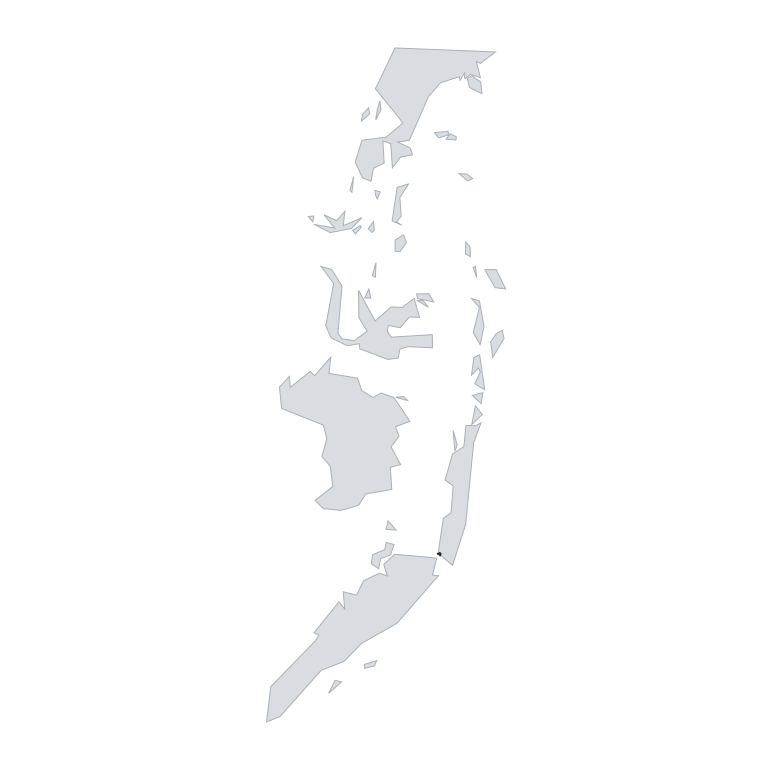 Kota Cilegon, Banten, Indonesia shown in context, rotated 269°
{"feature_id": "22746128B25933583546422", "entity_name": "Kota Cilegon", "entity_type": "district", "adm_level": 2, "iso_a3": "IDN", "parent_name": "Indonesia", "parent_adm1": "Banten", "projection": "orthographic", "projection_center": [106.002, -5.978], "detail": "fine", "context": "in_parent", "style": "filled", "palette": "slate", "viewbox_px": 768, "rotation_deg": 269, "n_neighbors": 0, "source": "geoboundaries", "source_scale": "gbopen_adm2", "svg_char_len": 4701}
<svg xmlns="http://www.w3.org/2000/svg" viewBox="0 0 768 768"><g transform="rotate(269 384 384)"><path d="M268.9,313.1L282.4,331.0L302.5,328.9L312.7,320.7L330.3,325.8L343.9,322.7L361.3,281.2L382.8,279.4L393.2,289.5L382.3,290.2L397.8,310.5L393.6,314.8L411.8,331.3L395.6,329.1L390.3,357.7L377.8,361.7L370.7,372.9L375.1,381.0L370.3,393.6L346.3,409.3L341.1,394.8L331.4,398.1L321.1,389.9L303.1,399.2L300.6,388.9L278.5,389.9L274.4,363.8L263.2,356.6L258.4,338.6L260.4,321.2L268.9,313.1ZM48.2,260.7L83.3,265.5L128.4,310.8L134.0,314.5L136.5,309.7L167.0,335.2L159.6,340.8L176.9,339.6L173.3,352.9L187.5,360.0L195.0,376.2L192.0,384.0L203.6,380.6L213.6,391.8L209.0,433.7L192.0,429.1L191.4,435.1L144.7,393.0L125.1,357.2L107.4,339.2L98.8,316.2L53.3,274.2L48.2,260.7ZM719.8,400.8L714.0,501.1L702.9,486.1L704.7,482.0L688.7,485.7L692.0,475.9L688.0,470.4L689.5,469.7L692.0,470.3L693.5,469.8L686.4,465.4L689.9,464.4L684.2,445.8L670.8,433.6L627.2,413.6L625.8,401.7L619.4,414.4L612.6,416.5L610.7,404.6L600.1,396.2L624.0,395.0L627.2,387.1L604.9,388.0L599.9,377.3L586.9,374.5L590.6,366.0L606.4,359.1L628.1,366.2L630.8,390.5L644.7,407.6L679.3,380.6L719.8,400.8ZM499.4,333.7L482.8,343.7L435.7,338.8L429.9,342.7L428.0,355.3L437.0,368.1L450.6,360.1L478.1,360.2L447.2,376.2L460.9,392.5L460.2,403.4L469.1,415.6L450.0,420.7L450.6,410.5L440.0,401.3L442.5,389.5L436.6,388.1L430.7,392.3L432.5,433.1L419.4,433.1L420.9,408.8L418.7,400.6L409.7,398.6L408.5,388.2L419.6,360.5L424.7,359.9L422.9,348.0L431.1,331.9L443.2,326.8L485.4,335.4L502.6,323.2L499.4,333.7ZM214.0,435.2L248.7,441.0L253.9,448.8L280.7,451.4L287.0,443.4L313.0,451.4L320.0,462.8L341.2,465.2L340.6,474.7L343.5,480.3L323.5,472.6L242.2,463.2L201.5,449.4L214.0,435.2ZM540.7,337.5L554.2,327.0L548.2,339.6L557.4,347.9L542.9,346.0L550.6,364.7L540.1,354.2L536.3,332.9L544.8,317.0L540.7,337.5ZM546.9,395.0L580.4,400.6L583.5,411.9L570.2,403.1L551.3,404.1L545.9,399.4L542.5,404.5L546.9,395.0ZM465.6,480.8L439.8,485.0L421.7,480.8L433.9,474.1L458.9,480.8L467.9,473.0L465.6,480.8ZM391.4,471.7L408.8,474.3L411.7,480.1L376.5,484.6L382.5,474.8L394.4,480.6L398.4,478.6L391.4,471.7ZM496.5,486.9L496.5,498.1L476.9,507.3L478.4,496.7L496.5,486.9ZM213.6,369.7L218.5,381.9L225.5,383.6L223.2,391.3L212.9,387.5L209.6,377.6L199.5,375.4L204.5,368.2L213.6,369.7ZM684.1,486.0L672.5,487.0L679.0,474.7L688.1,472.6L690.6,477.5L684.1,486.0ZM424.4,491.4L432.2,496.9L435.6,503.0L427.4,504.8L408.7,493.2L424.4,491.4ZM527.7,397.6L532.8,406.2L524.9,408.8L516.0,402.3L516.5,397.4L527.7,397.6ZM341.9,471.0L360.5,475.0L351.9,481.7L341.9,471.0ZM371.1,472.1L373.6,482.7L362.7,480.9L371.1,472.1ZM247.1,385.6L237.8,393.5L238.6,383.5L247.1,385.6ZM634.4,438.9L635.7,452.4L631.9,452.8L629.2,442.9L634.4,438.9ZM336.3,452.3L321.8,456.2L315.8,453.7L336.3,452.3ZM473.5,418.2L473.4,430.3L465.2,435.2L468.7,419.1L473.5,418.2ZM75.6,323.2L88.6,329.9L86.9,336.3L75.6,323.2ZM107.5,372.0L102.4,369.5L100.0,359.7L104.0,359.4L107.5,372.0ZM587.9,476.2L585.6,471.2L593.1,462.7L592.4,470.6L587.9,476.2ZM578.1,353.3L591.8,357.3L576.3,355.3L578.1,353.3ZM492.5,374.2L505.5,378.1L491.1,377.3L492.5,374.2ZM467.2,424.0L460.0,429.7L466.5,419.1L467.2,424.0ZM647.2,365.9L654.1,367.4L660.5,373.5L654.3,374.4L647.2,365.9ZM524.5,468.3L519.5,472.4L509.8,472.6L512.6,467.7L524.5,468.3ZM633.1,454.5L629.9,460.6L626.8,460.2L627.6,450.3L633.1,454.5ZM546.6,376.3L538.1,377.0L535.7,374.8L539.4,371.0L546.6,376.3ZM648.3,380.4L658.0,382.0L667.2,384.8L658.3,385.7L648.3,380.4ZM470.3,366.2L479.2,370.5L470.0,372.4L470.3,366.2ZM553.2,317.0L547.4,315.6L552.8,311.2L553.2,317.0ZM489.0,478.5L498.9,475.2L500.0,477.5L489.0,478.5ZM577.8,378.2L576.2,383.6L569.1,380.5L572.7,379.0L577.8,378.2ZM371.1,403.5L367.1,407.2L370.5,395.5L371.1,403.5ZM538.3,355.3L542.8,363.1L541.1,364.1L534.5,358.0L538.3,355.3Z" fill="#d9dde1" stroke="#a8b0b8" stroke-width="1"/><path d="M211.7,437.2L211.7,437.3L211.8,437.3L212.0,437.2L212.0,437.3L212.3,437.4L212.5,437.3L212.4,437.3L212.5,437.4L212.6,437.2L212.8,437.2L213.0,437.2L213.3,437.2L213.3,437.3L213.2,437.4L213.3,437.4L213.2,437.4L213.2,437.5L213.3,437.8L213.3,437.7L213.3,437.8L213.5,437.8L213.6,437.7L213.8,437.5L213.8,437.4L213.9,437.2L214.0,437.1L214.2,436.9L214.2,436.6L213.9,436.4L213.8,436.2L213.8,435.9L213.6,435.7L213.4,435.5L213.4,435.4L213.5,435.4L213.5,435.2L213.5,434.8L213.5,434.7L213.4,434.7L213.3,434.8L213.2,434.8L213.1,435.0L212.9,435.1L212.9,435.3L212.8,435.5L212.9,435.8L212.8,436.0L212.7,436.2L212.8,436.2L212.7,436.2L212.7,436.3L212.6,436.5L212.4,436.5L212.5,436.5L212.4,436.5L212.2,436.7L212.3,436.7L212.2,436.7L212.3,436.7L212.2,436.7L212.2,436.8L211.9,436.9L211.8,437.0L211.7,437.1L211.7,437.2ZM212.8,435.5L212.7,435.5L212.8,435.5L212.8,435.5Z" fill="#64748b" stroke="#1e293b" stroke-width="1.5"/></g></svg>